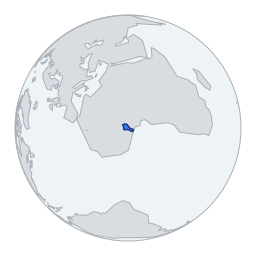 globe centered on Benin, rotated 294°
{"feature_id": "BEN", "entity_name": "Benin", "entity_type": "country or territory", "adm_level": 0, "iso_a3": "BEN", "parent_name": "Africa", "parent_adm1": "", "projection": "orthographic", "projection_center": [2.346, 9.3], "detail": "fine", "context": "on_globe", "style": "filled", "palette": "blue", "viewbox_px": 256, "rotation_deg": 294, "n_neighbors": 0, "source": "natural_earth", "source_scale": "50m", "svg_char_len": 9229}
<svg xmlns="http://www.w3.org/2000/svg" viewBox="0 0 256 256"><g transform="rotate(294 128 128)"><circle cx="128" cy="128" r="113" fill="#eef3f6" stroke="#a8b0b8"/><path d="M89.5,22.2L87.6,22.9L89.6,22.1L86.4,23.5L87.5,23.4L85.0,24.4L88.0,23.4L90.1,22.5L92.1,21.9L93.0,21.8L89.9,23.0L89.1,23.2L88.6,23.6L86.7,24.3L88.1,23.9L84.3,25.6L89.3,23.9L87.3,25.2L84.5,26.4L83.2,26.3L73.6,29.9L70.3,31.6L67.0,33.9L63.9,37.8L61.0,40.0L58.1,42.9L60.4,41.5L63.5,38.7L67.1,37.2L70.4,34.4L72.3,33.5L76.4,31.0L77.4,31.5L76.2,33.5L72.9,35.7L72.2,36.8L76.7,34.9L71.8,39.9L70.8,44.7L69.4,46.1L64.2,47.9L60.8,46.8L54.1,50.5L60.1,48.4L56.4,52.7L56.5,53.7L57.6,53.8L59.6,52.4L58.7,54.1L52.5,56.4L53.2,54.9L55.2,54.0L53.6,53.7L49.3,56.0L47.8,58.3L43.0,60.2L41.9,62.1L40.2,63.7L42.3,60.6L38.3,66.4L32.5,71.7L26.9,82.7L30.6,73.6L30.9,72.1L30.7,71.6L29.7,73.4L30.5,71.6L35.2,64.2L40.4,57.2L46.1,50.7L52.3,44.6L59.0,38.9L66.1,33.9L73.6,29.4L81.4,25.5L89.5,22.2ZM22.1,89.6L23.0,87.4L19.7,97.2L19.6,100.0L17.7,107.8L17.2,112.3L18.0,112.0L18.6,114.7L20.2,110.6L22.2,108.9L21.1,115.4L23.1,110.0L23.6,113.6L28.3,115.1L27.7,116.4L31.5,125.6L37.5,130.6L38.9,135.8L38.0,138.5L40.5,139.9L40.6,141.9L52.3,147.0L59.6,152.9L60.3,159.7L56.0,166.5L56.4,181.8L49.7,185.4L50.9,191.3L50.8,199.2L46.4,197.4L50.7,202.2L50.7,204.3L48.7,203.8L50.9,206.8L49.6,206.3L52.3,208.7L54.1,211.8L58.1,215.3L60.4,217.7L63.1,219.7L62.5,219.4L63.0,219.8L64.3,220.8L60.7,218.4L55.3,214.0L53.2,212.1L52.4,211.4L47.6,206.4L48.1,207.2L40.9,198.7L36.7,191.9L26.9,170.7L24.8,166.0L21.3,159.7L16.7,141.9L16.5,135.6L16.2,132.2L17.5,123.9L18.1,114.9L17.8,113.3L17.0,116.2L17.1,109.4L18.4,102.5L18.9,100.0L22.1,89.6ZM25.2,86.4L25.3,93.4L23.6,93.2L24.2,92.4L24.5,89.7L24.6,86.9L23.6,87.3L25.2,86.4ZM28.7,81.0L28.6,80.3L29.0,80.6L28.7,81.0ZM75.6,30.9L76.0,30.9L75.0,31.4L75.6,30.9ZM77.0,29.9L75.6,30.4L76.0,30.0L76.9,29.7L77.0,29.9ZM78.6,29.4L77.0,29.2L77.8,28.5L81.7,26.9L78.6,29.4ZM90.4,22.3L88.2,23.2L89.3,22.6L90.4,22.3ZM94.0,20.6L93.6,20.7L95.9,20.0L98.2,19.4L99.3,19.1L97.5,19.7L94.8,20.5L97.4,19.8L90.6,22.1L90.8,21.7L94.0,20.6ZM93.0,21.6L92.7,21.5L95.9,20.4L97.0,20.4L95.6,20.7L93.0,21.6ZM102.9,18.2L99.7,19.0L99.0,19.2L102.9,18.2ZM95.3,21.0L97.4,20.5L96.7,21.0L93.5,21.6L95.3,21.0ZM96.2,20.2L97.7,19.7L97.2,20.0L96.2,20.2ZM95.4,22.9L95.0,22.5L96.6,21.9L95.4,22.9ZM98.3,20.3L98.5,20.1L99.1,19.9L100.3,19.7L98.3,20.3ZM101.4,18.7L101.7,18.6L103.1,18.2L104.7,17.9L101.7,18.7L103.6,18.3L104.1,18.2L101.1,19.0L101.4,18.7ZM103.3,19.0L100.0,20.2L100.4,20.8L99.0,21.3L98.6,20.3L103.3,19.0ZM102.3,18.9L102.6,19.0L100.7,19.5L99.3,19.7L102.3,18.9ZM106.8,17.6L105.2,17.7L105.9,17.6L106.8,17.6ZM103.8,19.0L104.5,18.8L104.0,19.0L103.8,19.0ZM106.3,17.8L105.6,17.9L106.5,17.7L106.3,17.8ZM106.7,18.3L105.6,18.6L104.6,18.7L106.7,18.3ZM106.8,18.0L108.1,17.7L104.9,18.5L106.4,18.0L106.8,18.0ZM107.2,17.7L107.5,17.6L107.4,17.7L107.2,17.7ZM110.9,17.9L107.2,18.9L105.0,19.0L109.0,18.0L110.9,17.9ZM68.0,223.2L61.7,219.1L64.6,221.1L63.4,219.9L67.9,222.8L68.0,223.2ZM65.7,220.4L66.2,220.1L67.3,220.7L67.2,221.1L65.7,220.4ZM236.0,95.9L236.2,96.7L234.9,92.7L231.9,85.3L232.3,88.9L234.0,101.2L236.2,111.9L235.8,117.2L230.5,103.0L226.8,93.2L225.7,94.7L219.5,87.5L211.2,89.1L209.2,86.8L207.8,88.4L203.4,86.6L200.1,82.8L197.7,83.5L206.2,93.6L208.6,92.9L209.6,88.2L211.6,92.0L215.8,94.9L213.8,105.6L200.3,117.1L197.8,109.2L181.1,89.3L180.9,86.9L180.8,86.6L180.5,86.2L180.2,90.2L177.0,86.3L187.2,100.3L189.4,106.6L200.1,117.6L199.4,119.0L202.5,121.1L210.8,116.6L211.2,119.3L208.0,132.6L195.3,151.6L196.3,162.8L194.2,172.7L184.9,180.1L184.2,187.3L179.1,190.4L177.8,194.6L172.8,199.3L165.2,203.9L153.7,204.9L154.2,201.3L150.3,194.4L145.4,177.1L149.6,168.6L149.0,162.2L140.7,148.2L142.6,140.1L140.0,136.8L135.0,137.9L131.9,133.9L128.7,134.0L107.9,137.4L100.8,132.3L90.8,116.3L94.0,109.9L93.4,102.5L114.8,77.7L120.8,78.8L139.2,74.9L141.7,75.6L141.0,81.2L156.0,87.0L159.1,82.2L171.2,84.9L178.4,84.1L178.3,73.8L166.6,74.8L163.1,70.2L171.3,65.2L181.3,64.9L180.3,63.1L172.7,59.6L173.8,56.3L170.0,58.3L172.4,59.9L170.1,61.4L167.7,60.0L168.2,58.8L164.8,58.3L163.5,64.9L165.8,67.3L157.8,69.2L161.0,73.5L159.2,75.8L153.2,69.5L152.9,67.0L142.7,60.9L142.4,63.5L151.9,69.7L149.5,69.3L149.1,73.5L147.5,70.1L137.2,63.2L129.1,65.4L120.9,76.2L115.7,77.3L110.4,75.6L111.2,65.2L122.7,63.8L123.2,60.6L119.0,56.4L122.9,56.6L122.6,54.8L126.7,54.4L130.8,50.0L134.7,49.4L134.6,44.5L136.6,43.6L136.1,46.7L137.9,48.6L147.5,47.7L148.9,46.6L148.0,43.6L150.7,43.9L148.7,41.2L153.3,39.8L145.9,39.5L144.7,36.5L146.6,34.2L144.8,33.3L141.8,37.2L141.8,38.9L143.9,40.4L142.7,45.6L139.8,46.7L136.0,41.4L131.4,42.6L130.4,38.4L139.3,29.7L143.8,28.1L155.0,30.8L155.0,32.4L150.9,32.2L156.2,34.8L155.0,33.4L157.3,33.9L156.7,31.7L158.3,31.9L155.1,29.5L156.9,29.6L159.0,31.1L159.7,28.4L163.2,28.3L162.6,27.7L161.0,26.9L166.4,27.6L165.8,27.1L163.7,26.7L161.0,25.4L158.4,23.7L160.4,24.0L161.6,24.7L167.3,26.8L170.2,28.8L170.8,28.8L168.7,27.2L161.8,24.5L159.7,23.4L163.0,24.4L161.6,24.0L161.2,23.5L162.6,23.5L159.0,22.4L151.5,18.6L153.6,18.6L157.4,19.6L154.4,18.5L162.5,20.8L170.4,23.6L178.0,27.1L185.4,31.1L192.5,35.7L199.2,40.7L205.5,46.3L211.4,52.3L216.8,58.7L221.8,65.6L226.2,72.7L230.0,80.2L233.3,88.0L236.0,95.9ZM109.1,90.0L108.9,92.2L109.1,90.0ZM193.1,70.1L198.3,69.8L193.8,64.0L195.4,63.5L193.3,61.9L193.4,63.6L187.9,59.1L189.4,57.2L187.6,54.8L185.8,54.8L184.0,59.2L191.9,65.5L191.7,68.1L193.1,70.1ZM28.5,115.1L28.9,116.5L28.1,116.3L28.5,115.1ZM22.6,95.6L23.0,96.1L22.9,97.3L22.5,97.3L22.6,95.6ZM28.0,98.8L28.8,99.7L27.6,99.8L28.0,98.8ZM25.5,94.4L27.3,98.2L24.9,99.2L23.9,97.0L25.1,97.0L25.5,94.4ZM26.9,84.4L27.0,85.1L26.4,86.2L26.9,84.4ZM29.0,81.3L28.8,81.3L29.2,80.2L29.0,81.3ZM56.8,52.5L57.2,52.4L58.0,52.9L56.9,53.4L56.8,52.5ZM66.0,51.4L64.3,54.3L64.8,52.5L62.9,53.5L61.5,51.3L68.6,46.8L65.6,49.1L66.0,51.4ZM61.5,47.6L61.6,49.2L61.2,47.6L61.5,47.6ZM116.9,47.0L118.9,47.9L118.2,49.8L113.1,51.6L114.2,48.7L116.9,47.0ZM121.9,48.7L119.5,43.5L122.5,42.5L121.2,43.9L123.5,43.8L122.0,46.0L127.2,50.5L126.9,52.6L117.8,54.2L121.0,52.4L118.8,51.5L121.9,48.7ZM108.1,34.9L107.1,33.5L115.0,33.1L115.0,34.5L110.0,36.1L107.0,35.4L108.1,34.9ZM85.8,26.8L84.9,26.9L85.8,26.5L87.2,26.1L85.8,26.8ZM95.1,22.8L90.6,26.4L89.3,26.6L88.2,28.9L84.4,30.4L85.3,28.7L81.6,31.8L80.9,30.9L78.7,33.1L81.0,29.2L80.2,28.8L82.5,28.7L86.0,27.3L87.2,26.6L90.2,24.4L90.2,23.2L93.7,21.9L96.1,21.3L96.6,21.4L94.2,22.1L96.6,21.8L93.6,22.9L95.1,22.8ZM122.4,19.9L119.4,19.9L123.7,20.8L120.7,21.3L121.4,21.4L119.8,22.3L119.0,23.5L117.4,23.7L117.8,24.1L116.7,24.8L116.7,25.6L113.9,26.2L113.6,27.2L112.4,27.0L112.8,28.6L111.2,27.8L109.7,28.8L112.0,29.1L96.6,32.5L91.3,35.1L87.8,38.0L85.6,36.5L87.5,33.2L91.7,29.4L97.0,27.3L95.1,27.3L97.1,26.3L97.8,26.8L97.9,25.5L99.7,24.9L103.4,22.6L102.4,21.6L103.7,20.8L105.0,20.9L105.4,20.2L108.8,20.0L109.8,19.5L114.1,19.1L116.1,19.8L117.1,19.3L120.4,19.1L122.4,19.9ZM112.2,17.8L115.2,18.2L115.0,18.8L107.5,19.4L106.1,19.8L101.3,20.6L101.7,19.8L103.0,19.6L104.4,19.3L103.7,19.6L105.3,19.1L107.2,18.9L108.9,18.5L109.4,18.7L112.2,17.8ZM143.7,73.5L145.5,73.6L148.2,73.1L148.0,75.9L143.7,73.5ZM136.6,68.8L138.1,68.4L139.1,71.8L137.3,71.8L136.6,68.8ZM138.1,65.4L138.1,68.1L137.0,66.6L138.1,65.4ZM137.4,46.2L138.9,45.7L139.4,46.4L139.0,47.5L137.4,46.2ZM134.6,23.8L132.9,23.4L133.1,23.2L130.9,21.9L132.9,21.6L135.1,22.2L134.6,23.8ZM176.8,75.7L175.3,77.8L174.0,77.0L174.7,76.4L176.8,75.7ZM161.3,76.9L165.3,77.9L161.2,77.7L161.3,76.9ZM136.4,23.2L135.3,22.7L137.0,22.9L136.4,23.2ZM134.3,21.3L136.2,21.4L132.9,21.4L134.3,21.3ZM196.3,216.2L195.5,217.2L194.7,217.6L196.3,216.2ZM208.9,168.9L199.9,186.6L195.9,187.3L196.4,182.5L200.5,172.0L205.6,168.4L208.4,163.4L208.9,168.9ZM236.5,112.8L238.0,118.8L237.6,120.2L236.5,112.8ZM152.5,21.8L153.3,23.7L155.3,25.4L158.5,26.5L154.3,26.0L151.2,23.4L152.5,21.8ZM151.4,18.8L148.5,18.2L149.5,18.2L150.3,18.3L151.4,18.8ZM149.9,18.6L146.9,18.5L145.1,18.0L147.8,18.2L149.9,18.6ZM141.8,20.2L141.9,20.7L140.4,20.5L141.8,20.2Z" fill="#d9dde1" stroke="#a8b0b8" stroke-width="1"/><path d="M126.6,134.1L126.9,133.9L126.8,133.6L126.6,133.3L126.5,133.1L126.5,132.8L126.4,132.5L126.6,132.5L126.6,131.8L126.6,131.1L126.6,130.5L126.6,130.0L126.6,129.5L126.6,129.0L126.6,128.5L126.5,128.3L126.2,128.0L126.1,127.9L126.1,127.7L126.1,127.1L126.1,126.7L125.7,126.4L125.3,126.1L125.0,125.9L124.9,125.9L125.0,125.2L125.2,124.9L125.2,124.7L125.3,124.7L125.5,124.5L125.6,124.4L125.7,124.2L125.8,124.1L126.0,124.1L126.1,123.9L126.4,123.8L126.5,123.8L127.1,123.8L127.3,123.8L127.8,123.4L128.0,123.0L128.1,122.9L128.1,122.7L128.0,122.3L128.2,122.2L128.5,122.1L128.9,121.9L129.0,122.0L129.5,122.5L129.8,122.7L129.8,122.8L130.0,122.9L130.1,123.0L130.3,123.1L130.4,123.3L130.2,123.7L130.2,123.9L130.5,124.3L130.6,124.5L130.7,124.9L130.7,125.1L130.9,125.3L130.8,125.8L130.7,125.8L130.4,125.9L130.4,126.0L130.5,126.3L130.4,126.6L130.3,126.8L130.2,126.9L130.0,127.0L129.9,127.1L129.9,127.3L129.7,127.5L129.6,128.0L129.4,128.4L129.1,128.5L128.8,128.5L128.8,129.0L128.8,129.3L128.7,129.7L128.7,129.8L128.7,130.0L128.7,130.5L128.7,130.8L128.7,131.1L128.7,131.3L128.8,131.5L128.8,132.2L128.8,132.4L128.8,132.5L128.7,132.6L128.8,132.8L128.8,133.0L128.8,133.3L128.7,133.6L128.7,133.8L127.9,133.8L127.0,134.0L126.6,134.1Z" fill="#3b82f6" stroke="#1e3a8a" stroke-width="1.5"/></g></svg>